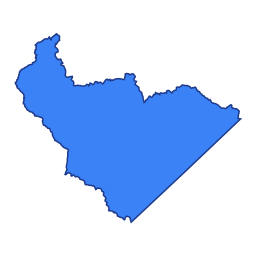 Água Azul do Norte, Pará, Brazil (Robinson projection)
{"feature_id": "56859067B16314817871005", "entity_name": "Água Azul do Norte", "entity_type": "district", "adm_level": 2, "iso_a3": "BRA", "parent_name": "Brazil", "parent_adm1": "Pará", "projection": "robinson", "projection_center": [-50.563, -6.762], "detail": "fine", "context": "isolated", "style": "filled", "palette": "blue", "viewbox_px": 256, "rotation_deg": 0, "n_neighbors": 0, "source": "geoboundaries", "source_scale": "gbopen_adm2", "svg_char_len": 5535}
<svg xmlns="http://www.w3.org/2000/svg" viewBox="0 0 256 256"><path d="M112.9,80.4L111.9,79.8L110.5,80.8L109.8,79.3L108.4,80.1L107.4,79.3L106.5,79.3L105.4,80.3L103.1,83.7L102.4,83.7L100.7,82.3L98.7,82.4L97.8,83.1L97.0,81.8L95.7,81.6L95.1,81.9L93.8,84.0L93.0,84.6L91.4,83.6L90.1,83.0L89.2,85.3L88.7,85.8L88.1,84.7L86.5,84.4L86.0,85.3L85.4,85.8L82.9,86.1L82.0,86.1L80.7,85.6L78.7,85.5L77.5,85.2L76.6,85.6L73.8,85.7L73.6,84.5L73.8,82.8L73.3,81.3L72.4,80.8L71.6,80.1L71.4,79.2L71.7,78.5L72.4,77.7L72.3,76.4L69.8,76.7L67.7,77.3L66.7,77.2L66.1,76.7L65.4,75.8L65.2,75.1L65.5,74.0L65.6,71.2L65.5,69.8L65.0,69.3L64.8,68.4L63.9,66.3L63.4,65.7L62.2,65.5L61.1,65.1L61.1,63.6L61.9,63.6L62.8,63.1L62.5,62.6L61.6,61.6L61.0,59.6L60.6,59.1L59.8,59.5L59.2,59.3L58.5,59.4L57.9,59.8L55.2,56.0L55.2,53.7L55.7,53.1L56.6,52.4L57.9,52.0L58.1,51.3L57.9,49.9L57.5,49.1L56.9,48.3L55.3,47.1L55.1,46.2L55.3,45.5L55.6,45.0L55.6,44.1L55.9,43.5L56.6,43.9L57.8,41.7L59.7,40.1L59.2,39.1L59.3,38.4L59.6,37.9L59.4,37.1L59.6,36.4L59.1,35.7L58.4,35.5L57.1,34.2L56.3,33.8L56.0,34.7L55.5,34.6L55.0,34.9L54.7,35.5L53.8,35.8L53.3,36.4L52.5,36.8L52.2,37.5L51.2,37.9L51.4,38.8L51.1,39.8L50.5,39.5L49.2,37.0L47.8,38.9L46.7,39.1L46.0,38.7L43.8,39.5L43.2,40.4L42.5,40.5L41.3,41.7L39.2,42.4L38.5,42.2L36.6,43.8L36.2,44.6L35.5,44.6L35.4,45.3L36.0,45.5L35.9,46.1L36.3,46.8L36.0,47.5L36.2,49.6L35.2,49.8L35.3,51.5L34.7,51.8L34.6,52.8L35.8,54.8L36.7,55.2L35.9,56.1L35.7,56.9L36.2,57.4L35.5,58.0L36.1,58.4L36.4,59.4L36.1,59.9L36.0,60.5L35.5,60.8L34.5,62.2L33.9,62.5L33.3,62.3L32.5,62.8L32.4,64.0L31.7,64.5L29.9,64.7L29.3,65.1L28.1,65.4L27.6,66.3L27.1,66.6L24.6,67.7L24.3,68.3L23.1,68.7L22.3,69.4L21.4,69.4L21.0,70.5L20.2,70.8L19.9,71.6L19.5,72.0L19.3,74.0L18.8,74.7L18.5,76.6L17.9,78.0L18.3,78.7L17.7,79.3L17.0,79.6L16.5,82.0L15.4,82.4L15.4,83.2L15.9,84.3L16.2,84.9L17.0,85.4L17.2,86.0L16.8,86.4L17.4,88.0L19.2,89.3L19.5,89.9L21.1,91.8L22.4,92.7L22.7,93.2L23.1,93.6L24.0,94.9L23.9,95.9L24.3,97.9L23.8,97.9L23.9,98.7L23.8,99.6L24.0,100.4L23.3,102.4L23.5,103.8L24.4,104.1L25.0,106.6L25.4,107.2L26.4,108.0L26.8,109.4L27.5,110.2L28.3,110.4L29.7,111.7L30.5,111.7L32.7,112.5L32.9,113.2L34.1,113.9L34.5,114.5L34.4,115.1L34.6,115.6L35.1,116.0L35.7,116.0L36.4,116.2L37.0,115.8L38.3,116.5L41.0,117.4L42.5,118.2L42.8,118.8L42.9,120.3L42.4,120.9L42.6,122.2L43.5,125.2L44.2,125.4L44.9,125.3L45.9,126.7L46.8,126.9L47.7,128.2L49.8,128.6L50.3,130.4L51.0,131.9L51.7,132.1L52.1,132.5L52.5,133.8L52.3,134.4L53.3,137.2L54.0,138.2L54.5,138.5L54.6,139.6L54.8,140.4L56.1,140.9L56.8,140.9L57.2,141.8L60.7,143.7L60.8,144.3L61.2,144.9L61.7,145.6L62.6,146.1L63.0,146.9L65.8,148.5L66.4,148.4L67.4,149.3L68.2,149.5L68.5,150.2L68.4,150.9L67.9,151.5L67.7,152.3L67.8,154.7L67.5,158.3L67.2,159.8L67.4,160.6L67.1,163.1L66.4,165.7L66.4,167.4L67.0,169.5L65.6,172.5L65.6,173.9L65.0,174.3L65.6,174.7L66.1,174.5L67.5,173.1L68.4,172.7L69.4,173.2L70.1,173.2L70.6,173.5L71.1,174.3L71.0,175.6L71.4,176.0L71.9,176.1L73.0,174.9L73.7,175.0L75.5,176.9L76.0,176.6L77.4,176.5L78.9,177.4L79.4,177.9L79.9,179.1L80.3,179.5L80.9,179.4L82.3,179.8L83.8,180.7L84.8,181.7L84.8,183.2L85.3,184.5L85.8,184.7L87.8,184.7L88.2,185.0L89.7,185.4L90.5,185.5L91.7,185.4L92.7,186.0L93.9,186.0L94.8,187.2L95.3,188.6L95.9,189.6L96.4,189.2L96.7,188.6L97.2,188.2L99.7,188.3L100.8,188.8L101.2,189.2L101.9,191.2L103.0,191.8L103.5,191.8L103.8,192.4L103.4,195.0L103.7,195.5L105.9,197.9L106.0,198.5L105.3,199.5L105.1,200.2L105.1,201.0L105.6,201.5L106.6,201.9L107.0,202.4L106.7,203.1L106.5,204.6L106.7,205.2L107.8,205.8L108.8,207.4L109.0,208.9L108.6,210.1L108.8,210.7L109.5,210.9L111.6,210.8L113.9,212.4L114.2,212.9L114.8,212.8L115.0,212.2L117.0,213.9L117.4,216.0L118.6,216.3L119.6,217.1L122.6,217.9L123.3,219.0L124.3,219.8L124.9,219.4L125.0,218.7L125.5,217.3L126.3,216.3L126.9,216.2L127.9,216.6L129.2,216.9L130.1,217.9L130.3,219.4L131.2,222.2L182.9,173.7L240.6,118.9L238.1,118.5L238.3,116.5L238.3,115.2L238.8,113.6L239.2,111.1L237.1,109.1L235.9,108.7L234.5,108.8L234.0,108.4L233.2,108.1L232.4,108.2L231.7,106.9L231.8,105.4L231.3,104.9L230.5,104.9L229.1,105.9L228.5,106.6L227.1,107.2L226.1,108.5L225.4,108.5L222.8,108.0L221.4,108.1L217.7,104.8L215.8,103.8L212.5,102.9L211.2,102.1L211.0,101.1L210.1,99.7L209.8,100.1L208.7,100.1L208.2,99.6L207.7,98.5L207.2,98.3L206.4,98.3L204.8,97.1L204.5,96.4L204.0,95.9L203.3,95.9L202.0,95.0L201.8,94.2L200.9,93.8L200.4,93.3L199.5,91.7L198.1,91.4L197.7,90.3L196.7,90.0L196.1,88.2L195.4,87.3L194.8,87.1L193.4,87.9L192.7,87.7L191.4,88.1L190.6,87.8L190.0,86.7L189.1,86.3L188.1,86.1L187.4,85.5L185.7,85.6L182.4,85.0L181.9,85.2L180.8,86.3L179.4,87.3L178.7,87.3L177.8,87.0L176.7,87.2L176.4,87.7L176.3,89.7L175.7,90.2L174.4,90.4L172.8,91.6L172.5,92.3L171.9,92.9L171.3,92.7L170.4,91.6L169.1,90.7L168.2,90.4L167.3,90.6L166.6,91.1L166.7,92.9L165.5,92.8L164.4,92.9L162.7,93.5L160.9,92.8L160.1,93.2L159.8,93.9L159.7,94.7L158.3,93.5L157.8,93.3L157.2,93.9L155.6,92.5L155.3,93.1L155.3,94.1L154.8,94.7L153.9,94.4L153.0,95.7L152.4,96.9L151.8,97.2L151.1,97.1L149.9,96.1L149.3,96.2L147.1,99.5L146.4,99.7L145.8,100.3L145.0,101.8L144.1,102.5L143.1,98.7L143.0,96.8L142.2,95.0L141.9,93.3L141.6,92.6L140.7,91.7L139.7,91.0L139.3,90.4L138.9,88.7L138.9,87.5L138.4,86.9L137.6,86.5L136.5,85.4L135.1,84.6L135.1,84.0L135.4,83.1L136.5,81.6L136.0,81.1L135.0,81.1L134.4,80.7L133.9,78.8L134.8,77.8L135.2,76.8L135.1,76.2L133.4,74.0L132.1,73.8L129.5,74.8L128.8,73.8L126.3,73.5L125.1,74.2L125.5,75.9L124.7,77.0L124.8,77.8L124.4,78.9L123.7,79.7L123.2,79.6L121.8,79.0L117.9,78.6L114.5,79.3L113.7,80.0L112.9,80.4Z" fill="#3b82f6" stroke="#1e3a8a" stroke-width="1.5"/></svg>